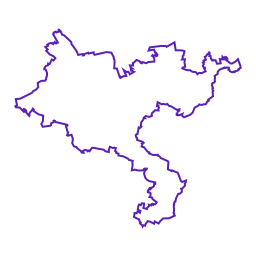 the district of Ashbourne Lea-6, Meath, Ireland
{"feature_id": "5873133B77849268115801", "entity_name": "Ashbourne Lea-6", "entity_type": "district", "adm_level": 2, "iso_a3": "IRL", "parent_name": "Ireland", "parent_adm1": "Meath", "projection": "albers", "projection_center": [-6.417, 53.558], "detail": "fine", "context": "isolated", "style": "outline", "palette": "violet", "viewbox_px": 256, "rotation_deg": 0, "n_neighbors": 0, "source": "geoboundaries", "source_scale": "gbopen_adm2", "svg_char_len": 5772}
<svg xmlns="http://www.w3.org/2000/svg" viewBox="0 0 256 256"><path d="M142.7,226.4L143.6,225.3L145.0,225.7L145.2,224.7L147.7,221.2L150.0,221.7L154.1,223.7L154.7,221.4L158.6,223.5L160.0,221.4L163.1,218.4L169.0,218.3L174.7,215.7L174.0,214.7L174.3,213.9L173.5,212.8L174.0,211.8L174.1,208.5L173.7,206.4L174.2,204.4L173.8,204.2L174.7,201.6L175.4,201.6L176.0,198.5L178.1,194.0L179.4,193.9L181.8,192.0L181.8,190.2L181.1,188.7L182.4,188.4L185.0,185.6L184.8,183.8L185.7,182.3L186.0,180.5L182.3,181.9L181.0,181.1L177.8,172.8L172.1,170.4L171.6,170.4L171.5,171.0L167.9,169.3L168.4,162.3L167.9,161.2L160.8,158.0L159.4,156.3L157.9,155.7L157.8,154.8L153.2,155.0L149.0,153.4L149.4,152.4L147.5,151.6L144.1,147.3L141.6,146.6L142.5,144.0L142.0,143.6L143.6,142.8L142.6,141.8L137.2,140.0L137.1,138.1L136.5,137.8L135.7,135.3L136.3,134.4L137.5,134.0L138.6,128.0L139.1,128.1L139.0,127.4L140.6,127.6L141.5,126.5L140.8,125.5L141.3,122.1L143.4,119.5L143.7,117.9L144.5,118.0L144.2,117.7L144.8,116.8L145.7,116.1L149.2,116.9L151.6,116.1L152.0,115.7L151.6,114.7L152.0,113.2L155.2,110.2L158.5,110.5L158.3,109.1L159.0,107.5L158.1,106.5L158.3,105.8L157.3,106.0L157.6,105.4L157.1,105.1L157.7,102.2L161.8,104.3L163.0,103.9L165.8,104.5L167.2,103.9L169.1,105.9L171.0,106.3L176.8,109.8L179.5,109.3L179.3,110.7L177.9,111.2L177.3,113.5L176.7,113.7L176.6,114.9L177.0,115.2L179.5,115.2L182.4,113.9L182.0,114.8L182.4,116.0L183.9,117.3L190.0,114.9L192.6,112.7L194.7,107.6L198.7,105.4L199.3,104.4L201.9,105.0L203.7,104.2L205.4,104.4L206.4,103.5L206.8,102.0L208.5,100.9L208.0,100.6L208.1,99.8L213.0,96.3L212.6,92.0L213.3,90.8L212.6,89.8L212.5,88.9L212.9,88.4L212.6,88.0L212.9,87.7L211.9,85.3L212.3,84.4L212.0,83.9L212.7,82.9L214.4,82.5L215.0,81.2L214.7,80.3L215.0,77.3L214.6,76.0L217.7,73.8L217.7,71.9L219.4,69.8L224.1,67.7L224.1,68.2L227.2,67.4L228.7,67.7L228.4,68.8L229.0,69.1L228.7,69.9L229.4,70.0L229.8,71.2L232.0,72.2L234.7,72.1L235.0,71.8L234.5,71.4L237.7,70.6L238.2,69.6L239.0,69.5L238.8,68.8L240.6,67.9L240.3,65.7L237.9,59.1L235.4,61.6L231.9,63.6L230.2,63.3L226.6,60.2L226.5,58.8L227.3,58.7L226.4,57.2L225.3,57.0L225.8,59.7L222.5,56.7L222.4,58.8L222.8,59.4L219.8,59.1L220.7,63.3L217.1,63.8L215.5,60.2L212.4,60.5L212.4,59.7L211.5,59.7L210.8,58.2L210.5,56.0L209.4,56.0L209.7,53.9L209.4,52.4L208.8,52.5L209.2,54.0L207.4,54.1L206.0,56.3L204.8,56.9L205.9,59.7L203.5,60.6L204.2,62.0L202.9,62.6L203.9,64.0L202.8,65.9L203.9,68.0L204.8,67.6L205.1,68.1L204.3,68.7L205.6,71.3L201.7,73.1L199.0,72.9L197.4,74.2L195.9,72.2L192.2,71.7L190.1,70.2L186.7,70.1L182.3,68.3L182.7,67.6L185.2,66.7L184.5,62.7L184.9,59.3L182.0,59.5L182.6,58.5L182.7,56.1L183.6,55.4L183.9,53.1L184.4,52.7L184.4,51.1L182.0,50.4L175.7,50.3L174.5,42.4L166.7,46.8L166.1,46.1L161.1,45.9L149.8,47.4L148.6,50.6L154.0,49.6L155.2,52.8L156.0,52.6L157.3,54.5L157.0,54.7L157.2,55.7L156.0,56.2L155.6,54.9L153.6,55.9L152.6,55.1L152.0,55.8L153.6,56.9L154.4,59.4L154.3,61.6L148.4,62.0L146.0,63.2L142.7,62.2L141.8,63.3L140.5,62.7L140.3,62.3L140.7,62.0L139.9,61.5L136.6,59.9L133.9,62.6L132.8,63.0L133.1,65.5L129.9,65.4L130.8,67.4L132.4,68.6L130.8,68.7L131.1,70.7L132.6,70.8L133.0,71.6L133.9,71.9L129.9,74.3L128.4,71.8L126.4,72.0L123.8,70.1L126.3,75.9L123.7,76.2L120.4,77.9L120.1,77.5L120.8,77.1L120.4,76.5L119.6,76.8L116.9,68.6L114.2,68.3L114.6,62.2L114.4,59.6L113.7,58.4L113.8,57.3L111.3,52.6L106.4,52.1L94.5,54.8L93.8,53.9L93.6,52.3L88.7,53.6L88.3,52.7L83.7,54.3L84.0,55.3L83.0,55.5L82.5,54.1L78.2,54.9L76.4,50.7L71.4,43.9L71.3,42.1L64.1,35.3L61.9,34.5L61.8,33.6L60.3,31.4L60.6,31.2L58.9,29.6L58.5,30.0L59.3,31.5L56.4,32.4L55.8,31.6L54.6,32.1L53.9,32.5L54.1,32.8L53.1,34.1L57.9,42.6L56.1,43.5L54.8,42.0L53.4,44.0L52.7,43.1L52.2,43.6L51.2,43.0L49.5,43.3L47.3,44.6L48.0,45.8L45.3,47.0L47.7,49.4L46.2,50.7L49.8,54.5L53.5,56.2L55.4,58.2L53.3,60.5L51.8,59.6L49.6,64.0L48.1,63.5L48.0,65.2L45.7,66.1L44.3,68.2L44.3,69.3L45.6,69.5L46.9,72.5L47.1,75.2L46.1,78.3L46.1,79.4L45.1,80.7L41.3,80.9L37.9,82.8L38.1,83.2L37.7,83.9L38.3,87.1L36.2,89.5L33.4,91.0L31.8,92.9L20.2,98.7L15.8,99.1L17.0,105.2L15.4,106.2L16.0,107.3L19.6,107.5L23.9,111.8L24.6,111.0L22.9,109.9L23.8,109.0L25.4,109.6L26.2,110.9L25.1,111.4L29.3,116.0L29.6,115.6L29.3,114.1L29.5,113.1L32.1,110.1L32.7,108.7L33.8,109.6L33.5,110.9L34.5,111.6L38.7,114.4L43.2,115.6L42.8,121.4L41.3,123.9L42.7,126.8L50.3,125.7L51.1,125.2L51.2,123.2L53.4,122.3L53.8,121.2L53.6,120.7L54.1,120.5L54.9,120.8L55.2,121.9L67.3,124.8L67.4,125.6L66.0,126.2L67.6,132.0L68.2,132.3L67.1,135.1L68.6,135.1L68.5,135.6L71.5,134.8L72.8,138.6L72.6,141.8L72.1,142.8L73.9,146.4L76.5,147.0L77.1,148.1L81.1,151.2L81.7,152.6L83.6,152.8L83.1,151.0L84.6,150.0L86.8,150.2L87.7,151.3L88.8,150.5L89.6,151.2L91.9,148.0L92.6,147.7L103.7,149.7L105.3,151.2L108.8,152.1L108.9,149.6L109.9,146.8L113.0,148.0L114.5,147.7L115.8,148.0L115.1,151.0L116.4,151.9L116.1,152.7L116.6,153.1L118.5,153.6L118.5,155.5L123.4,156.4L127.8,158.5L128.9,159.9L132.7,160.8L132.3,163.3L132.7,164.4L131.8,170.3L135.1,169.6L137.4,170.4L141.9,170.5L143.5,170.1L143.9,169.0L144.4,168.6L146.8,168.6L146.6,169.4L145.2,170.4L143.9,169.4L143.7,169.8L144.7,170.9L144.0,173.6L145.4,177.9L147.0,179.8L149.3,181.1L155.3,182.4L155.2,183.9L154.2,183.5L153.9,186.1L152.4,187.5L151.2,187.6L151.0,188.5L148.8,187.8L150.5,188.7L150.1,189.4L149.0,189.1L148.4,190.0L148.4,191.3L147.8,191.3L147.9,192.2L150.2,192.8L150.6,193.6L150.4,196.0L149.5,197.0L152.1,197.6L152.5,199.0L156.8,202.3L155.2,204.3L153.2,203.9L153.1,204.8L151.6,204.2L151.3,205.4L149.0,204.8L149.3,205.7L147.2,207.9L146.9,209.0L143.3,207.9L144.1,204.7L144.1,203.6L141.9,203.3L140.8,205.2L139.2,204.5L138.7,205.0L137.7,209.7L140.5,210.9L139.9,212.7L138.8,211.8L137.3,211.9L136.7,213.2L134.6,213.0L134.0,217.0L139.2,219.5L139.3,220.6L140.6,222.6L139.9,223.0L140.2,223.7L142.4,225.4L142.7,226.4Z" fill="none" stroke="#5b21b6" stroke-width="2"/></svg>